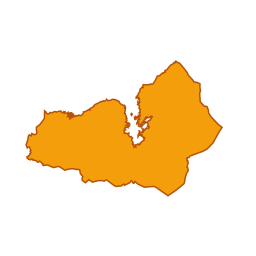 Morowali Utara, Sulawesi Tengah, Indonesia (Natural Earth projection), rotated 215°
{"feature_id": "22746128B96188894812390", "entity_name": "Morowali Utara", "entity_type": "district", "adm_level": 2, "iso_a3": "IDN", "parent_name": "Indonesia", "parent_adm1": "Sulawesi Tengah", "projection": "natural_earth1", "projection_center": [121.396, -1.847], "detail": "fine", "context": "isolated", "style": "filled", "palette": "amber", "viewbox_px": 256, "rotation_deg": 215, "n_neighbors": 0, "source": "geoboundaries", "source_scale": "gbopen_adm2", "svg_char_len": 6027}
<svg xmlns="http://www.w3.org/2000/svg" viewBox="0 0 256 256"><g transform="rotate(215 128 128)"><path d="M199.2,54.0L199.3,54.6L198.1,55.9L194.7,54.0L194.9,52.8L193.4,52.1L193.4,51.0L193.7,50.8L193.1,49.6L193.7,48.0L193.5,47.0L194.1,46.5L193.5,46.3L193.5,45.6L192.2,45.7L191.7,45.3L189.5,46.0L189.3,47.2L188.5,47.7L187.3,47.1L186.6,47.9L185.3,48.0L184.3,48.8L183.3,48.2L182.1,48.4L181.6,49.0L181.5,50.1L179.0,50.1L177.8,49.4L176.8,49.7L176.3,48.7L175.7,48.7L172.9,51.5L166.4,52.8L163.2,56.4L161.5,57.0L155.5,57.2L152.9,60.5L149.3,63.4L146.1,64.5L145.8,65.1L143.7,66.1L140.8,63.3L137.1,62.2L136.6,60.1L135.5,58.9L131.5,58.7L130.4,63.2L126.2,63.2L122.4,67.6L119.0,70.1L117.0,70.8L116.0,73.2L106.2,72.9L104.0,73.5L99.9,77.1L100.2,78.2L99.6,79.2L98.8,79.7L98.1,78.9L95.2,84.1L95.1,86.9L92.0,85.7L91.4,86.5L91.8,88.1L87.3,87.8L80.7,88.9L73.9,94.5L72.2,95.4L56.4,95.5L53.3,103.7L50.3,113.9L50.3,115.4L52.6,120.0L54.1,124.9L54.1,127.3L56.0,129.6L57.2,129.6L58.8,134.2L59.6,134.4L60.2,135.4L60.7,135.0L61.3,135.6L61.8,136.6L62.2,136.6L62.4,137.7L61.2,138.7L61.0,140.8L53.3,151.9L51.2,156.1L49.8,164.4L51.2,177.4L51.3,182.5L56.2,182.7L66.3,184.8L70.5,186.5L72.6,188.9L75.7,190.9L78.1,189.6L83.8,190.9L89.0,197.2L90.3,200.5L92.0,202.0L94.4,205.5L97.5,205.0L100.6,203.5L101.8,204.3L108.8,205.8L111.6,207.5L119.8,209.9L123.3,210.7L124.1,210.1L127.2,210.2L127.3,208.8L126.8,208.7L126.9,208.3L127.9,207.9L128.1,205.5L128.8,204.9L129.3,203.2L129.6,197.9L130.5,196.6L130.6,195.9L129.8,195.7L129.6,194.9L130.0,194.8L130.5,193.2L131.2,193.1L131.3,191.9L132.0,190.6L132.0,189.0L133.8,187.4L133.0,183.3L132.8,178.6L133.8,177.3L134.9,177.0L135.5,175.7L138.5,173.2L140.4,172.3L139.5,169.7L138.0,170.1L139.3,169.6L139.6,169.7L139.8,170.1L140.4,166.6L139.4,165.2L139.2,162.1L138.8,161.4L139.1,157.6L138.7,160.7L138.5,157.2L137.4,158.0L137.5,158.4L136.8,158.2L136.6,159.2L136.1,159.0L136.5,158.5L135.6,158.3L135.6,157.5L134.4,157.3L133.7,156.2L133.6,155.0L134.1,154.6L134.9,155.0L134.6,154.4L133.8,154.0L133.7,153.4L133.1,154.3L133.1,152.9L131.4,152.7L130.3,150.4L128.7,150.5L128.4,149.1L127.2,148.1L127.6,146.8L126.7,147.1L125.9,145.3L125.4,145.3L124.7,144.2L125.4,142.6L124.5,141.6L123.8,141.8L124.2,141.2L123.8,140.9L124.4,140.4L124.1,139.2L123.6,139.0L123.8,137.6L123.2,136.7L123.1,137.1L123.0,136.8L122.2,137.3L122.1,138.1L121.1,136.4L119.8,138.1L119.2,138.1L119.5,140.2L119.1,140.1L119.0,140.6L119.4,142.5L119.1,145.1L119.5,145.5L119.4,146.1L119.0,146.0L119.6,147.1L119.0,147.9L118.4,147.3L118.3,147.9L117.3,147.9L116.8,149.1L116.1,149.5L116.1,150.6L115.7,150.7L115.5,151.7L115.4,151.1L114.8,151.3L114.4,149.2L114.8,147.9L114.3,147.2L115.4,145.3L115.8,143.2L114.3,143.3L113.6,142.6L113.0,140.7L112.6,141.1L113.0,141.5L112.2,140.7L111.6,141.2L110.9,140.1L111.2,139.2L112.9,138.6L113.2,137.5L112.9,137.1L113.4,135.6L113.7,136.1L114.7,136.1L115.7,135.4L114.6,135.2L114.4,134.3L114.2,134.8L113.4,134.4L113.3,132.9L113.9,132.2L114.9,132.5L114.4,132.0L115.7,131.5L116.3,131.5L116.8,132.3L117.2,132.1L116.3,130.9L115.1,130.7L114.9,130.0L115.9,129.7L115.0,127.3L114.6,129.0L114.0,129.0L112.8,130.5L112.4,130.2L112.6,129.2L110.0,129.4L109.6,128.8L109.2,129.5L108.6,129.5L108.4,127.8L107.9,127.3L109.1,124.2L108.8,122.3L109.3,122.3L109.2,120.8L109.6,120.1L110.5,120.7L112.0,118.7L111.8,117.5L111.3,117.6L110.7,116.8L111.8,116.7L112.2,115.9L112.6,117.2L113.9,117.8L114.0,117.1L114.6,117.1L115.4,117.9L115.7,119.2L117.9,119.9L118.7,121.8L118.5,122.3L120.4,122.8L121.1,122.0L122.1,121.9L123.7,122.6L124.4,124.4L124.9,123.6L124.8,123.0L125.9,123.0L127.4,121.8L127.9,121.7L127.8,122.4L128.3,122.7L129.1,122.7L129.9,124.2L129.0,125.0L130.0,125.1L130.7,126.5L130.5,127.0L129.9,127.0L129.0,128.3L128.4,128.4L129.0,128.8L128.4,129.2L128.0,130.2L128.2,131.0L129.7,130.7L130.9,129.5L130.2,132.0L129.4,132.4L130.3,132.6L132.6,131.4L133.0,132.1L133.3,131.9L133.0,133.3L134.0,134.3L134.6,134.2L134.5,135.4L135.5,135.5L136.1,136.7L138.0,137.5L138.5,138.3L139.2,138.1L139.7,138.5L139.8,139.6L141.2,142.3L142.1,142.2L142.4,142.7L141.8,142.6L141.6,143.2L142.8,144.2L144.1,144.5L144.9,143.8L147.6,143.5L149.4,143.8L150.7,144.7L151.4,144.3L152.4,144.5L152.9,144.0L154.3,144.1L157.1,142.7L158.8,139.9L160.2,139.0L161.9,139.2L161.7,138.8L162.5,136.6L163.9,136.1L164.1,135.0L165.6,134.0L165.7,133.1L168.3,128.6L168.8,126.6L168.6,126.3L168.1,126.7L170.2,122.1L170.1,121.3L169.8,121.3L169.7,122.1L169.4,120.9L170.2,121.0L170.8,119.9L170.6,121.0L172.4,116.9L173.7,115.7L173.3,115.4L173.1,112.9L173.7,111.0L175.8,110.4L176.2,108.9L177.5,108.5L177.8,107.4L178.3,107.5L179.3,105.5L180.2,107.8L183.1,108.1L183.8,107.4L182.9,105.9L182.6,106.6L180.9,107.4L181.0,106.8L180.5,106.8L181.0,106.4L180.8,105.1L181.7,105.6L181.7,105.2L181.4,103.6L180.8,104.2L180.4,103.4L180.8,102.2L181.4,103.2L182.2,103.2L182.1,103.8L182.5,103.8L182.6,104.7L182.8,104.2L183.3,104.8L183.7,104.6L183.6,103.3L184.0,102.9L184.2,104.7L184.9,104.8L184.0,105.4L184.9,106.4L186.0,106.7L186.1,104.9L187.3,104.8L188.7,103.6L188.9,104.6L189.3,104.5L189.2,105.0L189.9,104.7L189.6,104.2L191.0,102.7L192.9,103.4L195.8,100.1L197.5,99.5L198.9,97.0L200.7,96.0L201.0,94.2L201.9,93.6L202.9,93.3L204.7,94.1L206.2,94.2L202.1,88.1L201.9,87.0L202.2,80.3L203.5,76.1L201.5,73.3L200.0,72.2L199.7,70.3L201.1,68.7L203.6,68.4L202.7,66.2L204.9,65.9L205.0,64.2L203.4,61.3L201.8,55.7L199.2,54.0ZM127.7,139.7L127.0,138.4L127.0,139.6L126.1,140.6L126.6,141.3L126.2,142.2L126.7,142.9L127.2,142.4L127.1,141.1L127.7,139.7ZM118.3,137.6L119.4,135.8L117.5,136.5L118.0,136.9L117.4,138.1L117.5,139.0L118.1,138.7L118.3,137.6ZM132.4,140.4L132.4,141.6L133.0,142.1L133.6,141.9L133.3,140.8L132.4,140.4ZM117.3,140.8L117.5,139.9L117.2,140.3L117.1,141.4L117.6,141.3L117.3,140.8ZM128.5,140.1L128.3,140.6L128.7,141.3L128.9,140.7L128.5,140.1ZM117.0,142.5L117.0,141.7L116.5,142.3L117.0,142.5ZM126.5,144.3L126.1,144.1L125.8,144.6L126.5,144.3ZM117.7,142.9L118.0,142.4L117.8,142.0L117.6,142.4L117.7,142.9ZM117.5,142.7L117.3,142.0L117.0,142.9L117.5,142.7ZM114.8,126.9L115.0,127.0L114.8,126.7L114.8,126.9Z" fill="#f59e0b" stroke="#b45309" stroke-width="1.5"/></g></svg>